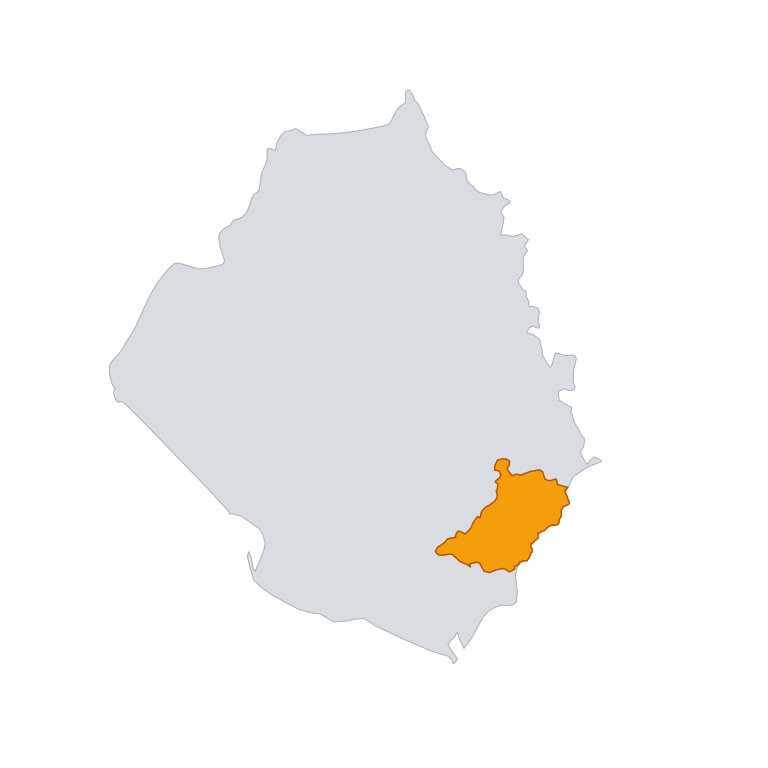 location of Lubusz within Poland, rotated 223°
{"feature_id": "POL-3143", "entity_name": "Lubusz", "entity_type": "Voivodeship", "adm_level": 1, "iso_a3": "POL", "parent_name": "Poland", "parent_adm1": "", "projection": "mercator", "projection_center": [15.301, 52.253], "detail": "fine", "context": "in_parent", "style": "filled", "palette": "amber", "viewbox_px": 768, "rotation_deg": 223, "n_neighbors": 0, "source": "natural_earth", "source_scale": "10m", "svg_char_len": 5765}
<svg xmlns="http://www.w3.org/2000/svg" viewBox="0 0 768 768"><g transform="rotate(223 384 384)"><path d="M604.7,424.2L607.4,429.7L608.4,433.9L607.3,437.3L607.6,440.6L617.4,455.0L621.1,465.5L623.4,469.6L628.8,474.8L629.3,477.0L627.2,479.0L624.0,479.8L623.1,481.6L626.4,486.5L628.8,494.7L628.5,501.4L626.7,503.1L624.4,507.1L622.8,510.7L609.9,513.2L606.9,517.1L599.8,524.6L595.0,528.9L588.0,536.7L576.7,549.9L560.5,572.2L557.7,577.3L558.3,581.5L561.2,591.3L561.8,595.8L561.3,599.9L560.3,603.5L560.5,605.1L567.4,611.9L567.7,613.3L567.1,615.0L565.6,616.4L560.3,615.0L554.3,612.2L552.3,612.5L549.0,611.9L535.7,606.5L526.8,602.2L525.9,599.5L524.2,595.5L520.4,592.1L511.6,589.2L508.0,587.0L493.8,585.7L487.7,585.6L483.3,586.6L480.5,586.5L476.7,592.4L474.0,594.1L470.1,594.3L466.7,593.2L463.3,590.1L457.7,588.5L453.7,589.3L450.8,588.6L448.2,588.4L447.3,589.1L445.3,589.0L442.3,590.5L439.0,592.6L435.5,594.2L432.7,597.6L430.2,604.3L423.3,601.3L421.0,602.6L417.7,603.5L415.4,602.6L416.0,600.3L417.0,597.7L416.9,594.0L416.3,590.0L414.1,588.6L410.9,588.2L409.2,587.4L409.1,586.0L407.4,584.3L404.5,579.9L401.8,574.5L400.0,572.9L397.2,575.5L393.1,578.4L390.5,579.4L385.6,587.9L376.7,588.1L376.1,584.2L375.2,580.4L370.0,579.5L369.8,577.2L368.7,571.7L358.3,560.7L357.0,556.1L357.4,554.4L356.7,551.5L354.4,549.7L346.2,547.6L344.1,548.8L342.2,547.6L339.2,544.9L333.9,542.8L333.4,541.7L331.5,539.8L330.5,539.5L329.8,540.7L328.3,542.3L322.9,544.4L320.8,543.5L318.8,541.7L316.6,537.9L313.4,534.5L310.7,533.3L309.2,531.5L308.9,530.2L314.8,527.4L316.0,524.5L315.3,519.3L314.4,518.7L312.1,520.4L307.2,522.0L302.6,522.7L300.3,522.7L287.4,513.2L278.9,510.3L274.0,509.4L273.4,510.4L275.7,515.7L279.6,522.3L279.4,524.1L272.1,527.9L269.0,530.2L266.4,533.3L264.1,534.8L262.1,534.4L260.0,532.9L254.7,523.2L247.9,515.7L247.1,514.1L245.0,513.7L242.1,512.0L241.0,509.7L242.5,507.3L244.6,505.1L248.2,503.7L249.3,502.5L250.0,500.6L251.3,498.1L251.0,497.2L248.4,494.4L244.6,491.7L234.0,493.7L231.1,495.1L229.4,493.3L228.2,490.6L225.5,490.1L221.8,487.6L217.5,485.2L213.2,484.5L204.3,481.0L200.9,480.8L199.0,479.6L196.9,476.9L195.2,474.0L194.2,468.2L187.7,465.5L181.2,463.8L180.8,464.6L181.0,470.6L180.7,473.8L176.4,475.7L172.2,475.9L172.4,474.9L177.5,464.2L179.7,457.5L182.3,445.1L179.2,435.3L178.4,430.7L176.9,428.5L168.0,423.7L167.3,422.1L168.7,415.6L168.0,412.8L165.9,409.9L163.0,404.2L161.9,399.3L165.5,393.5L168.0,383.4L169.4,379.4L167.0,377.1L166.4,373.9L167.0,369.3L165.8,365.9L162.6,363.7L160.6,360.7L159.6,357.1L160.4,351.3L162.8,343.4L157.6,334.0L144.8,322.9L138.7,315.1L139.2,310.6L141.9,306.6L146.8,302.9L150.5,296.5L152.6,288.8L152.7,281.9L147.0,259.4L146.1,253.7L145.1,245.0L156.3,249.8L161.0,252.5L160.5,249.5L159.5,246.8L160.1,243.0L159.8,237.2L149.6,234.2L142.9,233.2L142.1,229.2L142.7,226.6L144.6,228.1L151.2,228.7L167.5,220.9L195.7,210.7L225.8,201.1L232.8,200.1L239.9,198.1L242.5,194.5L245.1,192.1L249.2,185.7L258.2,175.8L274.2,172.2L280.2,167.5L292.8,160.9L321.3,153.4L333.3,151.8L345.0,151.6L355.4,157.5L366.4,164.7L368.4,169.0L362.4,166.3L353.7,159.8L350.5,159.6L357.9,179.3L362.0,186.2L370.2,191.4L377.1,193.1L398.3,190.0L405.8,185.9L408.0,183.8L409.9,184.8L437.7,187.1L534.1,192.2L561.8,193.0L563.5,192.5L566.3,189.2L569.7,189.6L573.8,191.7L575.7,193.2L576.5,194.9L577.0,196.9L579.3,197.3L583.3,198.8L588.8,202.3L593.2,205.6L597.3,210.4L598.6,215.8L598.7,221.9L598.4,225.9L604.4,255.8L613.8,282.9L617.2,296.0L618.6,302.9L619.7,312.9L620.0,319.9L620.0,323.8L619.3,329.3L616.5,332.5L598.5,341.6L595.2,344.4L589.9,351.5L585.0,358.8L583.9,361.3L583.6,362.9L584.6,365.3L591.0,369.2L597.5,372.3L599.6,374.7L604.4,377.7L606.1,380.3L607.0,382.7L607.0,388.1L604.8,395.5L605.7,401.1L603.5,404.8L601.7,409.0L601.5,416.2L604.7,424.2Z" fill="#d9dde1" stroke="#a8b0b8" stroke-width="1"/><path d="M179.1,433.8L178.9,431.7L179.3,430.7L178.8,429.6L177.9,428.7L177.1,428.1L176.0,427.5L173.7,426.9L172.6,426.2L171.6,425.5L168.4,424.4L167.3,423.2L167.1,422.4L167.0,421.8L167.4,420.3L168.4,418.8L168.9,417.2L168.9,415.1L168.4,413.1L167.7,411.7L165.3,409.7L164.2,408.4L163.7,406.4L163.5,404.3L162.9,403.4L162.0,402.8L161.2,401.5L161.0,399.9L161.7,398.5L164.5,395.6L165.4,394.4L166.1,392.9L166.6,391.4L166.7,386.5L167.0,385.7L168.1,383.8L168.3,383.0L168.4,382.3L168.5,381.6L168.9,380.9L169.8,379.8L166.6,377.4L166.1,376.2L166.4,374.2L166.9,372.7L167.1,371.5L166.4,370.4L166.4,369.9L167.4,368.7L167.4,367.0L166.6,365.6L165.2,365.0L163.8,364.7L162.2,363.8L161.1,362.6L161.4,361.1L160.3,358.8L159.2,355.3L158.9,352.1L161.4,349.8L162.6,347.9L163.4,346.0L163.2,345.1L162.3,344.3L162.7,342.4L164.1,339.5L162.5,338.3L162.2,337.9L163.4,333.6L164.5,332.0L168.7,331.3L171.2,330.3L175.0,324.8L178.2,318.0L183.0,315.3L191.2,318.0L193.8,317.6L196.8,314.1L198.6,310.6L197.3,310.3L196.3,309.0L199.1,308.9L207.4,306.0L217.6,306.0L220.1,304.2L224.5,298.6L227.1,296.5L229.7,296.1L232.2,296.7L233.5,300.7L232.6,304.6L231.6,309.3L231.8,314.5L227.0,320.6L228.5,322.1L229.6,326.1L229.1,327.3L228.1,327.9L223.5,329.4L222.7,329.3L222.4,330.1L222.3,331.9L222.1,333.6L222.3,338.2L224.1,342.9L224.7,345.8L225.0,348.7L225.0,351.1L223.7,351.1L222.7,351.9L224.8,355.6L225.7,358.0L225.8,362.9L224.2,367.6L224.0,368.8L223.9,370.0L223.3,372.4L223.3,375.1L223.7,377.6L224.8,379.3L226.2,380.7L228.9,382.2L229.8,384.7L230.9,386.7L232.6,388.5L234.5,388.5L235.3,388.2L236.1,388.7L236.2,390.3L235.8,391.8L235.5,394.6L236.3,396.7L238.4,398.1L240.6,398.9L244.2,396.4L247.4,400.0L249.0,405.9L246.5,409.8L243.5,412.4L239.7,413.3L236.9,409.8L236.8,407.1L235.4,405.6L228.0,404.2L227.0,405.6L226.3,407.6L224.8,409.1L223.1,409.7L222.0,410.5L217.2,420.0L211.8,427.2L208.3,428.0L201.4,424.2L197.8,425.5L196.1,427.4L193.6,431.7L192.2,431.6L189.3,429.1L187.9,429.1L180.0,433.2L179.1,433.8Z" fill="#f59e0b" stroke="#b45309" stroke-width="1.5"/></g></svg>